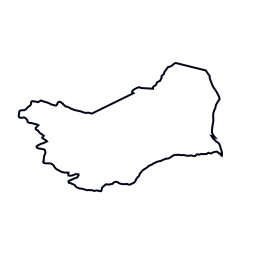 the district of Sobradinho, Bahia, Brazil, rotated 67°
{"feature_id": "56859067B88292675252612", "entity_name": "Sobradinho", "entity_type": "district", "adm_level": 2, "iso_a3": "BRA", "parent_name": "Brazil", "parent_adm1": "Bahia", "projection": "albers", "projection_center": [-40.874, -9.66], "detail": "fine", "context": "isolated", "style": "outline", "palette": "ink", "viewbox_px": 256, "rotation_deg": 67, "n_neighbors": 0, "source": "geoboundaries", "source_scale": "gbopen_adm2", "svg_char_len": 4042}
<svg xmlns="http://www.w3.org/2000/svg" viewBox="0 0 256 256"><g transform="rotate(67 128 128)"><path d="M170.6,51.6L168.9,52.1L167.2,52.5L165.2,52.5L163.1,51.6L161.8,51.0L157.9,48.7L156.9,48.0L154.7,46.6L151.8,45.5L149.2,44.5L147.7,43.6L146.3,42.5L144.6,40.8L143.6,39.7L142.4,38.9L141.3,38.1L139.6,36.0L138.3,34.1L137.4,32.5L135.7,32.1L134.4,32.0L132.2,32.1L129.0,32.4L126.1,33.0L123.6,33.5L121.3,33.6L118.1,33.5L116.9,33.5L113.4,33.2L112.5,32.5L111.2,32.7L108.2,33.4L105.4,33.9L101.3,39.4L87.2,58.1L86.7,59.1L86.9,60.6L87.5,62.3L87.9,64.1L87.9,65.7L87.5,67.3L91.0,73.0L92.2,73.6L92.7,75.2L93.3,76.8L95.0,77.5L96.0,78.8L97.1,80.0L97.1,81.4L97.3,83.1L98.0,84.2L99.0,85.1L99.6,86.3L99.6,88.1L100.5,89.3L101.6,89.6L99.9,93.1L96.3,100.3L94.9,101.6L94.6,103.0L94.6,104.0L94.9,107.4L95.2,108.4L95.8,109.7L96.8,110.2L98.1,109.4L100.1,146.3L100.6,155.7L99.6,157.0L98.5,158.3L98.0,159.6L97.7,160.8L96.5,162.5L95.6,163.7L94.4,164.7L93.4,166.2L92.0,168.1L90.7,170.1L89.3,171.4L87.4,173.4L86.1,174.2L84.8,175.5L83.6,177.2L81.9,177.9L80.0,178.6L78.2,179.6L77.0,180.7L77.2,182.8L78.7,184.1L79.2,185.4L78.6,186.5L76.3,189.5L74.9,190.5L73.3,192.1L71.9,193.6L70.9,195.1L69.8,196.2L68.7,197.3L68.9,199.3L69.1,200.8L68.4,201.5L67.8,202.6L67.1,203.4L66.5,204.7L65.8,205.6L66.1,206.8L68.1,208.0L69.2,209.3L69.4,210.9L69.6,212.1L70.4,213.4L71.0,215.1L71.1,216.7L70.4,217.9L70.2,218.9L69.8,220.3L70.4,221.7L71.7,222.4L73.0,223.0L73.9,223.9L75.3,224.0L76.4,223.3L77.2,221.5L77.6,219.6L78.7,218.5L80.3,218.1L81.6,217.6L83.2,218.0L84.8,216.8L85.4,215.3L86.2,214.4L87.7,212.4L88.7,211.2L89.4,210.2L90.4,209.4L91.1,211.1L91.7,212.7L92.8,213.4L94.1,212.9L95.3,211.8L96.9,211.5L98.1,211.1L99.6,210.1L100.9,209.4L102.2,208.5L102.8,209.4L103.3,210.8L105.0,210.1L106.4,208.9L107.4,208.4L108.6,207.8L108.8,209.1L108.8,210.8L108.9,212.1L108.6,213.2L108.6,215.0L108.8,217.0L108.9,218.7L109.6,219.6L110.7,219.3L111.8,218.5L112.7,216.7L113.8,215.4L114.3,214.5L115.0,213.5L116.3,213.1L118.6,213.7L119.9,214.9L120.7,215.9L122.2,216.8L123.7,217.7L125.2,218.2L125.8,219.3L127.1,219.3L128.2,217.9L129.1,215.9L130.1,213.7L130.8,212.7L131.9,211.8L133.8,211.0L135.3,210.9L136.9,210.4L138.6,209.5L139.8,208.4L141.2,207.4L142.4,206.3L143.4,205.1L144.5,203.3L145.3,201.4L145.9,200.2L146.9,201.0L148.4,201.4L149.3,200.1L149.8,198.4L150.0,196.7L149.9,195.4L150.2,193.7L151.3,191.7L152.3,192.0L152.9,193.1L153.7,194.0L153.5,196.2L153.5,197.5L153.5,198.7L153.5,200.4L153.5,201.9L153.7,203.6L155.3,203.9L155.9,202.7L157.5,201.5L158.7,200.1L159.9,199.3L161.4,199.0L162.9,198.1L164.0,196.9L164.8,196.2L165.3,195.2L166.0,194.0L166.7,193.1L168.0,191.5L168.9,190.6L169.5,189.2L169.9,188.1L171.0,186.0L171.7,184.6L172.5,184.1L173.0,182.7L173.2,181.2L173.8,180.3L174.5,179.5L175.1,178.6L175.6,177.6L175.1,176.7L174.0,176.1L172.8,175.2L172.3,173.8L171.9,172.7L171.6,171.7L171.2,170.4L171.9,169.0L172.7,167.6L172.9,166.0L173.4,164.3L172.7,162.6L172.6,161.4L172.8,160.0L173.8,158.7L175.2,157.9L176.1,156.9L177.1,155.7L177.8,154.2L178.7,152.4L178.9,150.9L180.2,149.9L180.6,148.9L180.9,147.5L180.7,145.6L180.7,143.9L180.0,142.2L179.2,141.4L178.2,140.4L177.8,139.5L177.1,138.5L176.7,137.0L175.9,136.1L174.9,135.1L174.1,134.1L173.7,133.0L173.1,131.9L172.5,130.5L172.3,128.9L172.0,127.2L171.6,125.1L170.9,123.6L171.0,121.7L171.0,120.3L170.5,118.2L170.7,116.5L170.4,115.1L170.5,114.0L170.8,112.2L171.2,110.6L171.0,109.4L171.0,108.3L171.0,106.7L171.2,104.7L171.8,103.0L171.8,101.2L171.5,99.6L171.1,98.6L171.2,97.5L170.8,95.9L171.3,94.9L172.0,93.3L172.3,91.9L173.1,90.8L173.9,89.5L174.3,87.9L175.3,86.4L176.0,85.3L176.9,84.1L177.4,82.5L177.7,81.1L178.2,80.3L178.9,79.3L179.5,78.5L180.0,77.2L179.6,76.0L179.1,74.9L179.7,73.8L180.4,73.1L180.4,71.4L180.8,70.0L181.6,68.8L181.8,67.6L182.5,66.5L182.5,65.0L182.2,63.7L183.2,62.6L183.9,61.6L183.7,60.3L183.8,58.8L183.9,57.4L184.2,56.1L185.0,54.9L186.6,54.4L187.6,53.1L189.0,53.2L190.2,52.5L189.1,51.8L187.5,51.2L184.7,50.7L179.3,50.2L177.7,50.4L175.9,51.3L174.8,52.2L173.1,52.7L171.5,53.6L168.2,54.2L170.6,51.6Z" fill="none" stroke="#020617" stroke-width="2"/></g></svg>